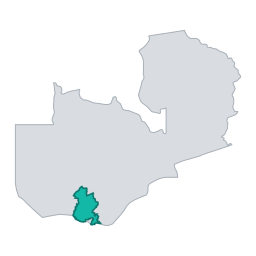 location of Kazungula, Southern, Zambia
{"feature_id": "96606910B95953051402599", "entity_name": "Kazungula", "entity_type": "district", "adm_level": 2, "iso_a3": "ZMB", "parent_name": "Zambia", "parent_adm1": "Southern", "projection": "mercator", "projection_center": [25.557, -17.051], "detail": "fine", "context": "in_parent", "style": "filled", "palette": "teal", "viewbox_px": 256, "rotation_deg": 0, "n_neighbors": 0, "source": "geoboundaries", "source_scale": "gbopen_adm2", "svg_char_len": 8141}
<svg xmlns="http://www.w3.org/2000/svg" viewBox="0 0 256 256"><path d="M177.7,177.3L164.8,177.3L160.1,178.4L156.3,180.0L151.7,182.5L149.1,184.2L148.4,185.2L148.0,187.3L148.0,190.6L147.5,193.0L146.1,195.1L139.2,197.8L134.6,199.9L130.2,202.5L126.8,205.8L124.5,209.9L120.6,214.9L112.6,223.9L107.9,225.6L104.0,225.2L99.3,223.4L95.6,223.0L92.8,224.2L90.3,223.8L87.9,221.9L86.0,221.2L84.4,221.7L82.3,221.6L78.6,220.6L75.4,217.4L73.7,216.0L72.3,215.5L68.5,215.0L59.6,214.3L50.5,215.9L42.4,217.5L34.2,210.3L26.3,202.8L24.6,200.8L21.6,198.3L19.5,197.1L18.7,196.5L16.5,189.7L15.4,183.6L15.4,124.7L51.3,124.7L53.6,124.5L53.7,123.8L52.1,120.7L52.1,119.6L52.6,117.5L54.2,113.3L54.3,111.9L53.5,107.3L53.6,104.7L54.0,99.5L53.8,97.8L54.6,95.4L54.9,93.9L55.2,93.2L54.8,91.5L54.1,85.3L53.7,82.7L55.8,83.1L56.6,84.4L57.0,85.8L57.9,85.9L60.5,86.7L61.4,87.8L62.0,90.3L61.6,91.5L60.8,92.6L61.6,93.5L63.3,94.1L64.3,93.9L67.2,92.2L69.9,91.6L71.2,91.1L77.2,90.0L78.4,89.4L79.2,89.4L79.8,89.9L79.2,91.7L79.1,93.2L79.8,96.1L80.4,97.5L81.6,98.5L82.5,99.0L83.5,100.1L85.6,99.9L90.1,101.4L91.5,102.1L93.4,102.8L94.8,103.0L99.4,103.6L104.4,104.4L107.0,104.5L108.8,104.3L110.1,103.8L110.9,103.4L111.2,102.9L113.1,97.4L114.0,96.9L115.3,96.7L116.0,97.2L116.8,100.7L120.4,103.8L121.6,106.5L122.5,108.8L123.2,109.4L124.6,110.2L126.8,110.5L128.7,110.6L138.4,114.5L139.4,115.2L140.6,117.2L141.3,119.6L142.1,121.5L143.3,121.8L144.4,121.9L145.5,123.2L146.4,124.3L149.2,128.9L149.6,130.8L151.0,132.0L152.9,132.5L154.6,132.6L155.6,132.0L158.1,131.1L160.0,130.0L161.4,129.6L162.3,129.9L162.9,130.6L163.3,132.9L164.7,133.7L165.7,133.4L166.1,132.5L166.1,132.0L166.1,108.0L165.2,108.2L164.1,108.9L161.5,108.9L160.6,109.4L160.2,110.2L160.4,111.2L160.5,112.6L160.1,113.2L159.0,113.4L157.4,112.9L154.4,112.2L152.0,111.8L150.2,110.0L147.9,107.3L146.3,106.0L142.5,103.1L141.9,102.6L140.8,101.2L139.8,99.0L138.9,96.4L138.4,94.8L139.3,92.2L141.5,84.0L142.0,81.4L143.8,78.8L143.9,76.4L143.2,73.4L143.4,71.8L143.6,62.3L143.1,59.4L141.9,56.1L139.2,51.5L139.2,50.5L143.4,47.5L144.6,46.4L146.8,44.0L148.2,41.9L149.2,40.3L149.5,38.1L148.8,36.1L150.2,35.7L184.5,30.4L185.0,31.8L186.1,34.1L187.2,35.8L188.7,37.3L190.0,38.2L190.8,38.5L196.1,38.4L198.0,39.3L199.6,40.5L200.0,42.3L201.1,43.4L202.3,44.3L202.8,44.4L203.7,44.2L205.1,44.2L206.4,44.6L207.0,45.0L207.1,46.5L207.5,47.2L209.3,47.4L211.1,47.5L212.9,48.6L214.8,48.7L217.0,49.2L218.0,50.3L220.3,51.4L223.2,52.4L226.3,54.1L226.4,54.6L226.9,55.6L227.5,56.3L227.5,57.3L227.8,58.3L228.6,58.5L229.3,58.6L229.9,57.9L230.7,57.9L231.7,58.3L232.0,59.4L232.7,60.9L233.9,62.0L234.7,63.0L234.4,64.7L233.9,66.4L235.5,68.0L237.5,69.6L238.1,70.2L238.3,72.5L238.6,73.3L240.0,75.2L240.6,76.5L240.6,77.2L236.8,81.0L234.5,81.6L233.5,82.4L232.9,83.2L234.4,86.9L235.2,88.4L234.5,90.2L233.1,93.2L232.4,93.5L232.2,95.8L232.7,96.6L233.4,97.3L233.7,98.8L233.7,102.7L232.7,107.2L234.4,111.0L235.0,111.4L237.4,111.5L237.8,111.8L237.2,112.9L235.6,114.6L232.6,115.9L228.3,117.4L227.4,118.8L226.8,120.8L227.3,122.0L227.9,122.7L227.7,124.5L227.3,126.4L227.5,127.8L227.3,129.1L226.7,129.8L225.9,131.8L225.0,133.7L224.3,134.7L223.2,135.6L221.5,136.4L221.6,136.8L223.5,137.7L224.0,138.3L224.2,138.8L223.4,139.8L224.2,140.4L225.3,140.9L226.3,142.2L227.5,144.7L227.7,145.0L228.1,145.0L228.7,144.7L229.9,143.7L230.7,143.4L231.8,144.8L213.9,150.9L209.7,152.2L203.4,154.4L201.3,155.2L199.7,156.0L183.0,160.8L180.4,161.8L174.5,164.2L174.3,164.7L174.4,165.8L174.9,168.1L175.9,170.2L176.8,171.4L177.4,174.6L177.7,177.3Z" fill="#d9dde1" stroke="#a8b0b8" stroke-width="1"/><path d="M82.0,186.5L80.8,187.1L80.5,187.4L80.4,187.8L80.1,187.8L79.9,188.0L79.8,188.4L79.6,188.6L79.4,189.0L79.3,189.5L79.4,189.8L79.2,190.1L78.8,190.3L78.4,190.3L78.1,190.9L77.7,191.1L77.4,191.2L77.4,191.3L77.2,191.3L77.1,191.5L76.8,191.7L76.6,191.7L76.0,192.1L75.8,192.4L75.6,192.5L75.3,193.0L75.2,193.2L75.0,193.3L74.7,193.8L74.4,193.9L74.4,194.4L74.1,194.6L74.0,194.9L74.1,195.0L73.8,195.3L73.8,195.5L73.7,195.6L74.0,195.7L74.1,195.8L74.2,196.0L74.4,195.9L74.4,196.1L74.6,196.1L74.8,196.2L74.7,196.4L75.0,196.5L75.3,196.8L75.6,197.0L75.5,197.4L75.4,197.6L75.2,197.9L75.8,197.8L76.8,198.1L76.7,198.2L77.0,198.2L77.4,198.3L77.7,198.3L77.8,198.3L77.9,198.5L78.3,198.7L78.0,200.2L78.7,202.9L78.5,203.7L77.4,204.4L76.8,203.8L76.7,203.9L76.8,204.1L76.8,204.4L76.8,204.7L76.6,205.0L76.8,205.2L77.1,205.4L76.9,205.7L77.0,205.9L77.0,206.0L76.8,206.1L76.8,206.3L76.2,206.6L76.1,206.9L75.9,206.8L75.9,207.0L75.7,207.1L75.8,207.2L75.8,207.4L75.6,207.6L75.5,207.8L75.3,207.9L75.3,208.1L75.6,208.2L75.6,208.4L75.8,208.5L75.9,209.1L75.7,209.3L75.6,209.5L75.4,209.5L75.1,209.7L75.0,209.8L75.1,210.0L74.9,210.1L74.9,210.4L74.7,210.3L74.4,210.7L74.4,210.9L74.2,210.9L74.1,211.0L73.9,211.2L73.8,211.6L73.9,211.8L74.1,211.9L74.1,212.1L74.1,212.3L73.9,212.5L74.0,213.4L73.8,213.6L73.6,214.0L73.4,214.1L73.4,214.3L73.2,214.5L73.1,214.8L73.2,215.1L73.1,215.5L73.4,215.9L73.5,216.4L73.7,216.6L74.0,216.6L74.1,216.4L74.5,216.5L74.4,217.1L74.5,217.3L74.7,217.0L74.9,217.0L74.9,217.3L75.2,217.5L75.3,217.9L75.6,218.0L75.5,218.4L75.5,218.5L75.4,218.8L75.7,218.8L75.9,218.6L76.2,218.6L76.2,218.9L76.4,218.8L76.5,218.8L76.7,219.1L76.7,219.3L76.6,219.6L76.9,219.6L77.3,220.1L78.0,220.1L78.8,220.6L79.6,221.2L80.3,221.5L80.7,221.4L81.3,221.8L81.7,221.7L82.0,221.8L82.4,221.6L83.0,221.8L83.3,222.0L83.5,222.0L84.2,221.5L84.7,221.6L84.9,221.7L85.3,221.5L85.6,221.5L85.5,219.6L88.3,219.7L88.5,219.6L88.4,219.4L88.7,219.3L88.7,219.1L88.8,219.1L88.9,218.9L88.8,218.7L90.3,218.7L91.0,217.9L91.4,217.9L91.5,217.7L92.7,218.0L93.4,218.5L93.4,218.8L93.2,219.0L93.3,219.0L93.3,219.3L93.2,219.3L93.2,219.5L92.9,219.7L92.7,219.7L92.7,220.0L92.5,220.5L92.2,220.7L92.2,220.8L92.0,221.0L91.9,221.0L91.7,221.3L91.5,222.7L91.1,223.5L90.7,223.8L90.6,224.1L90.2,224.3L90.6,224.3L90.9,224.4L91.2,224.5L91.3,224.7L91.7,224.6L91.9,224.7L92.2,224.7L92.3,224.8L92.7,224.7L92.7,224.4L92.9,224.3L93.5,224.4L93.7,224.2L93.9,224.4L94.7,224.4L94.7,224.0L94.9,223.7L94.7,223.7L94.7,223.4L94.9,223.3L95.0,223.3L95.3,223.1L95.5,223.2L95.8,223.2L97.1,222.4L97.3,222.6L97.6,223.1L98.4,223.1L98.9,223.5L99.6,223.4L100.1,223.5L100.5,223.5L100.3,223.3L100.4,223.1L100.2,223.0L100.0,222.8L99.8,222.5L99.7,222.4L99.3,221.8L99.2,221.9L99.2,221.7L98.7,221.4L98.6,221.6L98.3,221.6L98.1,221.2L97.9,221.2L97.7,221.3L97.6,221.2L97.6,220.9L97.3,220.5L97.2,220.3L97.0,220.2L96.9,219.9L97.3,219.6L97.1,219.5L97.1,219.3L97.5,219.2L97.7,218.9L97.6,218.7L97.8,218.5L97.8,218.3L97.8,218.2L97.9,217.9L98.0,218.0L98.1,217.9L97.9,217.7L98.2,217.3L98.1,217.0L98.4,216.9L98.5,216.5L98.3,216.3L98.3,216.2L98.2,216.2L98.0,215.9L97.5,215.4L97.3,215.1L97.2,214.8L97.0,214.7L96.9,214.7L97.0,214.5L96.8,214.3L97.0,214.1L96.2,214.1L95.0,216.0L94.5,215.6L94.4,215.2L94.7,214.1L94.6,213.8L94.5,213.6L94.7,213.3L94.7,213.1L94.4,213.0L94.3,213.3L94.1,213.2L93.8,212.9L93.7,212.9L93.7,212.6L93.2,212.5L93.2,212.4L92.9,212.3L92.7,212.2L92.4,212.2L92.3,212.3L92.2,212.1L92.3,211.9L92.5,211.7L92.5,211.3L92.6,211.0L92.7,210.9L93.0,210.7L93.2,210.3L93.1,210.2L93.7,209.8L93.7,209.6L94.0,209.4L94.1,209.1L94.7,208.6L94.8,208.4L95.1,208.2L95.3,207.9L95.5,207.8L95.5,207.7L96.4,207.3L96.5,207.0L96.1,206.5L96.3,206.1L96.5,206.1L96.5,205.9L96.8,205.9L97.0,205.8L97.1,205.6L97.4,205.4L97.6,205.4L97.9,204.8L97.8,204.6L97.9,204.4L97.8,204.2L98.1,203.7L97.9,203.4L97.9,203.1L97.8,202.8L97.8,202.4L97.9,202.2L97.6,202.0L97.0,202.0L96.6,202.1L96.2,202.0L95.7,201.2L95.3,201.0L95.2,200.2L95.1,199.7L95.2,199.3L94.9,199.1L94.9,198.7L94.7,198.5L94.2,198.5L94.0,198.4L93.5,198.4L93.4,196.7L93.0,195.0L92.9,194.9L92.8,194.7L92.9,194.4L92.9,194.2L93.2,194.0L93.0,193.9L93.1,193.7L93.1,193.4L93.0,193.5L93.0,193.1L92.9,193.1L86.8,195.8L86.7,195.5L86.7,195.3L86.9,194.8L86.6,194.6L86.5,194.4L86.4,194.4L86.3,194.0L86.4,193.5L86.6,193.1L86.6,192.9L86.3,192.7L86.5,192.4L86.5,192.2L86.6,191.9L86.8,191.9L87.0,191.7L86.8,191.4L86.5,191.2L86.7,190.7L86.4,190.4L86.5,190.1L86.7,189.9L86.8,189.6L86.9,189.2L86.6,189.0L86.6,188.9L86.8,188.6L86.7,188.2L86.2,188.1L85.9,188.2L85.4,188.1L84.9,188.3L84.4,188.4L84.0,188.1L83.8,188.1L83.1,188.3L82.9,188.1L82.7,187.6L82.3,187.1L82.0,186.5Z" fill="#14b8a6" stroke="#0f766e" stroke-width="1.5"/></svg>